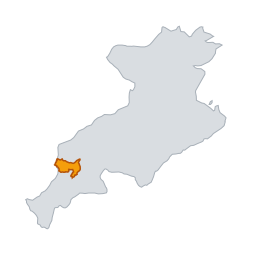 location of Orang, Hamgyŏng-bukto, North Korea, rotated 184°
{"feature_id": "82179303B20024569416279", "entity_name": "Orang", "entity_type": "district", "adm_level": 2, "iso_a3": "PRK", "parent_name": "North Korea", "parent_adm1": "Hamgyŏng-bukto", "projection": "equal_earth", "projection_center": [129.358, 41.426], "detail": "fine", "context": "in_parent", "style": "filled", "palette": "amber", "viewbox_px": 256, "rotation_deg": 184, "n_neighbors": 0, "source": "geoboundaries", "source_scale": "gbopen_adm2", "svg_char_len": 5090}
<svg xmlns="http://www.w3.org/2000/svg" viewBox="0 0 256 256"><g transform="rotate(184 128 128)"><path d="M154.4,197.1L153.3,197.7L151.4,201.2L149.7,205.5L148.0,207.9L146.0,209.2L143.9,210.0L139.8,210.3L136.0,210.0L134.8,209.5L129.7,209.8L128.2,210.1L120.8,209.8L116.9,210.1L114.5,211.0L112.0,212.7L109.8,215.4L107.8,218.3L103.9,223.5L101.2,226.0L101.1,229.7L101.0,230.8L100.1,231.5L99.7,231.2L98.2,230.9L91.9,227.6L86.7,229.6L85.3,232.3L83.9,233.1L82.0,227.9L78.6,227.8L73.3,223.2L71.0,224.1L70.4,226.0L67.3,230.2L63.2,233.7L61.8,234.1L60.3,233.9L60.5,232.9L58.9,229.0L52.5,227.4L50.2,225.8L49.0,225.4L55.4,221.0L57.1,220.3L55.9,219.3L54.5,218.8L49.3,219.4L46.6,218.0L42.6,218.4L39.9,217.3L45.7,213.0L46.0,210.5L46.0,208.6L49.0,203.0L51.9,199.8L59.5,195.4L62.8,194.8L65.2,195.0L67.1,194.5L65.1,192.8L63.1,192.1L59.2,192.2L55.3,189.7L55.0,187.0L63.1,170.0L63.2,168.5L62.1,164.4L61.7,160.4L56.2,158.1L53.8,157.8L46.7,153.3L43.9,151.0L42.8,151.7L42.5,155.3L41.5,156.1L39.6,156.8L38.7,152.7L37.2,149.7L32.6,146.7L30.9,145.0L31.8,141.4L31.4,141.1L32.3,137.0L35.3,133.9L42.5,128.4L44.4,125.8L48.0,122.7L49.6,122.8L51.3,122.5L51.9,121.2L52.3,120.2L53.7,119.2L57.2,117.5L61.2,115.3L64.3,114.7L68.2,111.4L69.8,109.9L71.4,109.9L71.8,109.3L72.8,107.5L74.0,106.4L75.7,106.2L78.5,105.4L82.0,104.9L84.4,102.1L85.2,100.1L86.8,98.0L90.2,95.6L92.6,92.1L95.1,88.2L96.4,87.0L97.6,86.8L98.3,85.3L99.1,81.3L100.4,77.4L101.1,75.5L104.0,73.5L104.8,72.5L105.4,72.2L106.8,72.4L108.6,71.3L110.3,69.9L111.9,70.4L113.5,71.5L115.1,73.7L115.8,75.4L117.1,76.9L117.3,79.0L118.6,79.9L121.4,80.3L125.9,81.8L128.8,81.9L130.5,82.9L134.0,83.5L141.1,82.7L143.9,83.2L145.1,84.5L146.9,85.5L148.1,85.6L149.6,83.8L151.3,80.9L152.4,78.6L152.4,76.9L151.4,74.9L149.1,73.2L147.6,70.4L146.2,67.6L145.3,66.7L144.7,65.3L144.5,63.2L145.0,61.8L148.5,60.8L153.0,60.2L156.6,60.8L162.7,60.4L166.4,59.6L169.1,59.8L171.7,59.7L172.8,58.5L176.3,55.6L178.1,54.6L179.9,52.6L180.2,50.5L180.6,48.9L181.7,47.1L183.5,44.9L185.1,43.9L186.8,44.0L188.7,45.0L189.9,46.0L191.2,45.7L192.3,44.0L193.0,43.7L195.1,43.5L195.8,42.5L196.6,37.4L197.4,33.4L197.5,30.6L199.4,26.0L200.0,23.2L201.1,21.9L202.4,22.0L203.5,22.8L204.9,23.3L206.7,22.8L207.9,23.5L208.7,25.0L211.4,26.1L211.7,26.8L211.7,31.8L213.1,34.2L215.1,36.3L217.8,38.3L219.3,38.7L220.2,40.1L221.0,42.5L222.9,44.8L224.0,46.5L224.2,48.3L225.1,49.3L223.5,50.4L221.5,49.7L218.1,49.3L213.8,52.8L211.4,54.0L209.7,57.4L206.4,59.4L204.5,61.6L202.1,65.4L200.6,69.0L196.9,72.7L194.8,77.3L194.7,81.4L197.1,85.4L197.3,88.9L195.6,96.1L196.6,103.8L195.6,106.8L184.3,112.0L181.4,114.7L177.2,121.5L172.2,124.0L169.1,126.8L164.7,128.5L161.9,133.3L158.9,136.0L155.2,137.7L152.5,139.8L146.4,139.9L142.1,141.4L139.0,145.5L129.8,150.1L128.5,153.5L129.1,158.9L129.1,163.0L128.3,166.4L126.3,165.5L125.2,166.6L124.0,169.7L124.3,173.3L127.4,174.5L130.0,175.9L133.6,176.7L136.3,178.3L142.0,185.9L146.6,189.2L147.9,190.5L150.5,192.1L153.0,194.8L154.4,197.1ZM47.7,160.0L46.0,161.2L45.9,159.1L47.3,157.3L48.7,157.1L47.7,160.0Z" fill="#d9dde1" stroke="#a8b0b8" stroke-width="1"/><path d="M176.6,92.1L177.1,91.8L177.3,91.4L177.5,91.1L177.8,90.7L178.2,90.3L178.9,89.7L179.5,89.2L180.2,88.9L180.8,89.0L182.3,89.4L182.8,89.5L183.5,89.3L184.3,89.2L184.9,89.5L185.8,89.7L186.4,90.0L186.9,90.1L187.4,90.4L188.0,90.9L188.5,91.0L189.2,90.9L190.1,90.9L190.7,91.3L191.1,91.7L191.4,92.5L192.0,92.3L192.6,91.7L193.5,91.4L194.4,91.7L195.7,92.3L196.4,92.3L196.4,92.2L196.5,91.9L196.3,91.7L196.5,91.6L196.3,91.4L196.5,91.1L196.8,91.0L196.9,90.9L196.7,90.6L197.1,90.2L197.0,89.4L197.4,89.1L197.6,88.8L197.7,88.6L197.5,88.4L197.6,88.2L197.8,88.1L198.0,87.8L198.1,87.5L198.1,87.0L198.1,86.9L198.3,86.5L198.3,86.4L198.6,86.1L198.1,85.7L197.9,85.7L197.7,85.8L197.3,85.7L196.6,84.8L196.4,85.3L196.3,85.2L196.3,84.6L196.2,84.4L195.7,84.3L195.2,84.0L194.9,83.7L194.7,83.5L194.0,82.5L193.9,82.0L193.8,81.5L193.9,81.0L193.9,80.8L194.0,80.6L193.9,80.3L193.3,80.2L192.8,79.9L192.3,79.3L191.6,79.2L190.8,79.4L190.1,79.6L189.4,79.4L188.5,79.4L187.9,79.6L187.5,79.6L187.2,79.9L187.1,80.0L186.4,79.9L185.7,79.9L185.3,79.9L185.0,79.9L184.7,80.2L184.3,80.3L184.2,80.4L184.1,81.4L184.3,82.2L184.0,82.7L183.6,82.3L182.8,82.4L182.1,82.5L181.4,82.5L180.7,82.6L180.3,82.7L179.9,81.9L179.6,81.3L179.4,80.9L179.2,80.4L179.9,79.9L180.2,79.7L180.2,79.3L180.2,78.9L180.2,78.5L180.8,78.3L181.0,78.0L181.1,77.7L181.3,77.2L181.5,76.6L181.7,76.2L181.4,75.7L180.7,75.9L180.4,75.8L180.4,75.3L180.2,75.0L180.1,74.5L179.8,74.9L179.6,75.1L179.1,75.2L178.8,75.3L178.3,75.7L178.0,76.1L178.0,76.6L177.9,77.1L177.5,77.5L177.2,77.5L176.8,77.3L176.5,77.5L176.3,77.7L176.0,78.0L175.8,78.3L175.6,78.3L175.7,78.9L175.7,79.4L175.7,79.6L175.6,79.8L175.5,80.0L175.2,80.4L174.5,81.2L174.0,81.5L173.4,82.2L173.2,82.4L173.1,82.6L172.9,83.0L172.8,83.5L172.8,84.0L172.9,84.9L173.0,85.9L173.1,86.3L173.4,86.9L173.7,87.4L173.9,87.8L174.0,88.3L174.0,88.5L174.3,88.9L174.8,89.6L175.0,90.0L174.9,90.5L174.6,91.3L174.3,91.7L173.8,92.6L173.7,92.8L173.7,93.1L173.7,93.5L174.1,93.6L174.6,93.2L175.2,93.1L175.4,92.9L175.8,92.5L176.3,92.3L176.6,92.1Z" fill="#f59e0b" stroke="#b45309" stroke-width="1.5"/></g></svg>